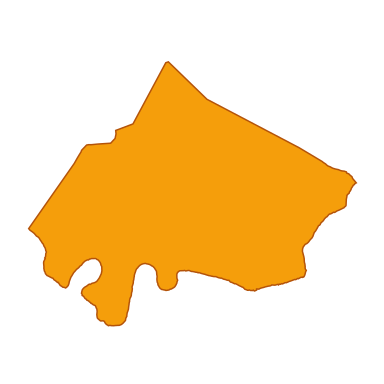 the district of Almondale, Castries, Saint Lucia, rotated 88°
{"feature_id": "8701671B18648215649765", "entity_name": "Almondale", "entity_type": "district", "adm_level": 2, "iso_a3": "LCA", "parent_name": "Saint Lucia", "parent_adm1": "Castries", "projection": "orthographic", "projection_center": [-60.96, 14.019], "detail": "fine", "context": "isolated", "style": "filled", "palette": "amber", "viewbox_px": 384, "rotation_deg": 88, "n_neighbors": 0, "source": "geoboundaries", "source_scale": "gbopen_adm2", "svg_char_len": 6054}
<svg xmlns="http://www.w3.org/2000/svg" viewBox="0 0 384 384"><g transform="rotate(88 192 192)"><path d="M166.1,60.8L151.5,83.4L99.9,173.8L61.1,211.1L61.9,213.7L121.9,248.6L127.8,266.1L131.3,265.9L135.8,267.0L140.4,271.6L140.8,284.3L141.2,291.0L141.1,293.7L141.4,295.7L145.5,299.9L146.5,300.9L148.1,301.5L150.6,303.2L154.0,305.4L159.4,308.7L222.9,356.5L224.5,355.3L225.7,353.7L226.3,352.9L227.9,351.1L229.8,349.6L230.5,349.1L231.6,347.4L232.8,346.3L234.4,345.5L236.2,344.3L238.0,343.3L238.7,342.6L241.2,341.7L242.4,340.9L244.0,340.4L245.5,340.2L246.9,339.6L248.6,340.3L251.4,340.6L252.8,341.5L253.3,341.0L255.6,342.2L256.4,342.6L257.7,342.8L259.7,342.7L261.1,342.6L263.6,342.7L264.6,342.4L265.6,342.4L266.9,341.7L268.0,341.4L268.5,341.3L270.5,339.7L270.7,339.1L272.9,335.2L273.4,333.9L274.9,333.0L275.9,331.5L276.6,330.8L277.7,329.6L277.5,329.1L278.6,328.3L279.9,327.5L280.9,326.9L281.3,326.1L282.7,324.3L282.8,323.1L283.2,322.3L283.5,321.8L283.1,320.9L281.9,319.6L280.8,318.8L279.2,318.2L278.4,318.0L277.4,317.8L275.3,317.0L274.2,316.5L273.1,316.1L272.3,315.5L268.4,313.0L266.9,311.5L266.3,311.0L265.3,310.1L264.1,308.4L263.4,307.6L262.2,306.6L261.2,305.0L260.0,304.1L259.3,303.6L258.8,302.9L257.8,302.0L257.3,301.2L256.9,300.8L256.8,300.1L256.2,299.0L256.3,297.8L255.5,296.8L255.4,295.9L255.0,294.7L255.1,292.7L255.1,290.8L255.4,290.1L256.2,289.2L256.4,288.5L257.3,287.6L259.3,286.2L260.8,285.7L261.7,285.6L263.4,284.8L264.9,284.8L267.6,284.8L269.7,285.3L271.1,285.7L271.6,286.1L272.7,286.6L273.8,287.2L274.6,287.6L275.8,288.5L277.8,290.1L278.8,291.6L279.1,292.4L279.5,293.7L279.7,295.1L280.2,295.9L280.8,297.0L280.5,297.8L280.9,298.6L282.2,300.4L282.6,300.9L282.9,301.8L284.2,303.6L285.3,304.6L285.8,305.0L287.0,305.4L289.4,306.0L290.6,305.3L291.6,305.4L292.4,304.0L294.1,303.0L294.8,302.5L295.6,301.3L296.5,300.8L297.0,299.5L298.5,298.0L299.0,297.2L299.6,297.0L300.3,295.7L301.3,294.6L301.5,294.1L302.2,292.6L304.0,291.9L304.9,291.6L305.6,291.2L306.5,291.1L307.6,291.0L308.2,291.0L311.3,291.4L313.5,291.2L314.6,291.0L315.4,290.4L316.5,289.2L317.6,288.0L317.7,286.7L317.6,285.7L317.7,285.1L317.9,284.6L318.5,284.1L319.0,283.7L319.5,283.6L320.0,283.3L320.5,282.8L321.3,282.3L322.3,280.6L322.7,280.3L322.4,278.5L322.7,277.7L322.9,275.2L322.8,273.4L322.7,272.5L322.8,271.7L322.6,270.5L322.8,269.7L322.5,268.7L322.1,267.5L321.7,266.8L320.7,265.5L318.1,263.0L316.5,262.7L315.7,262.5L314.0,261.5L312.7,261.4L310.5,261.0L309.6,260.6L306.9,259.6L304.5,259.3L301.8,258.8L300.8,258.7L299.2,258.2L298.4,258.2L297.8,258.1L296.5,257.8L295.8,257.5L294.8,256.9L293.4,256.3L291.8,256.1L290.5,255.9L289.2,255.4L287.2,255.1L286.7,255.0L285.2,255.2L284.7,255.2L283.4,254.7L281.7,254.1L280.9,253.9L280.2,253.8L278.8,253.7L277.8,253.3L275.3,252.9L274.3,252.6L273.4,252.6L271.5,252.0L269.3,251.1L268.7,251.0L267.7,250.5L267.0,250.1L266.3,249.5L266.0,249.0L265.0,248.3L263.5,246.7L262.8,245.5L262.4,244.6L262.0,243.3L261.9,242.4L261.8,241.7L261.7,241.2L262.1,240.2L262.3,239.3L262.6,238.0L263.1,236.7L263.7,235.7L264.4,234.9L264.8,233.9L265.5,233.2L266.6,232.2L268.4,231.2L269.2,230.6L270.6,230.2L273.2,230.1L274.4,229.9L274.9,229.8L275.9,229.9L277.6,230.1L278.9,230.1L280.9,229.9L281.4,229.7L282.2,229.3L283.4,229.3L284.4,228.9L285.0,228.4L285.7,228.2L286.1,227.9L286.9,227.4L287.4,227.0L288.4,225.6L288.4,225.1L288.7,224.2L289.2,222.0L289.5,221.5L289.4,220.8L289.2,219.0L289.0,218.2L288.8,217.8L288.4,217.4L288.3,216.6L288.2,215.9L287.6,214.9L287.0,213.7L286.2,212.6L285.3,211.9L284.2,211.2L282.4,210.3L281.2,210.1L279.6,209.4L278.4,209.9L277.5,210.1L276.1,210.1L275.1,210.1L273.6,210.0L272.7,209.7L272.2,209.3L271.6,208.9L271.1,208.2L270.5,207.4L270.3,206.9L270.3,204.6L270.3,204.0L270.3,202.9L270.1,202.3L270.7,200.9L270.5,200.0L270.3,198.4L270.3,197.7L270.7,196.8L271.4,195.4L271.4,194.7L271.8,192.7L272.2,191.4L272.5,189.6L273.0,188.7L272.8,188.2L273.0,187.3L273.3,186.4L273.6,185.9L274.6,182.5L274.6,182.0L274.9,181.6L275.4,180.3L275.9,178.7L276.2,178.0L276.3,177.0L276.8,175.4L276.9,174.7L277.2,173.8L277.4,171.8L277.4,171.0L278.0,169.8L278.5,168.7L279.1,166.4L279.1,165.5L279.5,164.8L280.2,163.5L280.7,161.5L281.3,160.2L281.6,158.8L281.5,158.2L283.3,156.8L283.8,155.2L284.8,153.4L285.2,152.6L285.2,151.6L285.7,150.6L286.5,149.3L287.1,148.4L287.3,147.9L287.8,147.1L288.0,146.5L288.7,145.4L289.0,144.4L289.5,143.9L290.4,143.1L291.1,142.5L291.6,140.9L292.1,140.2L292.2,139.1L291.9,138.3L292.5,136.8L292.5,135.8L292.6,134.8L292.2,134.2L292.8,133.5L293.1,133.1L292.8,132.0L292.2,130.8L291.2,130.8L291.4,128.5L290.7,127.2L290.5,126.6L290.1,124.9L289.9,123.8L289.4,122.2L288.7,118.7L288.7,118.1L288.4,116.6L287.6,115.3L287.8,114.8L287.9,113.4L288.0,112.4L287.8,111.4L287.4,110.2L287.3,109.2L287.9,108.9L287.1,107.5L287.3,106.8L286.7,105.4L287.0,104.7L286.4,103.3L285.8,102.2L286.0,101.1L285.5,99.7L285.2,98.9L284.7,97.8L284.6,97.2L284.0,95.3L283.5,93.9L283.0,92.4L283.2,91.4L282.1,89.3L282.4,88.7L281.5,87.0L281.0,86.0L281.2,84.5L280.7,83.9L280.9,83.4L280.0,82.7L279.4,82.4L278.4,82.0L277.1,81.6L275.9,81.3L274.3,80.5L273.0,81.4L271.9,81.6L270.6,81.5L267.9,81.7L267.1,81.9L266.3,82.1L264.9,82.2L262.6,82.2L260.5,82.5L255.2,83.7L252.9,83.5L250.9,82.8L248.2,80.7L247.6,79.1L246.2,77.4L243.8,75.5L242.1,73.7L240.5,72.7L238.4,71.9L236.7,71.2L236.0,70.5L235.2,69.8L232.5,68.1L231.3,67.4L230.5,67.0L229.8,66.3L229.7,65.7L228.9,65.0L227.6,64.4L226.4,63.1L225.8,62.3L224.6,61.3L223.4,60.5L221.9,58.9L221.4,57.9L219.8,56.5L218.8,55.4L218.8,54.5L218.2,53.0L217.2,51.4L217.4,50.5L217.1,49.5L216.1,48.0L215.6,46.7L215.4,46.0L214.2,43.3L213.9,42.6L213.5,41.8L213.0,40.6L212.4,40.2L211.8,39.3L211.2,38.7L210.6,38.5L207.9,38.3L205.7,38.1L204.5,38.0L203.3,37.7L202.1,37.4L200.8,37.3L199.5,36.1L198.7,35.0L197.3,34.6L196.5,33.8L195.1,33.0L193.7,32.5L192.4,31.5L190.9,30.6L190.1,29.3L189.3,29.0L188.6,27.5L187.7,28.2L184.1,31.0L182.3,31.6L180.7,33.4L179.3,34.7L178.5,36.7L177.3,37.0L176.5,39.1L176.1,41.7L175.5,43.4L174.8,44.7L174.0,48.0L173.6,49.1L173.1,50.6L171.6,53.1L170.8,55.1L169.7,56.5L168.6,57.5L167.1,59.7L166.1,60.8Z" fill="#f59e0b" stroke="#b45309" stroke-width="1.5"/></g></svg>